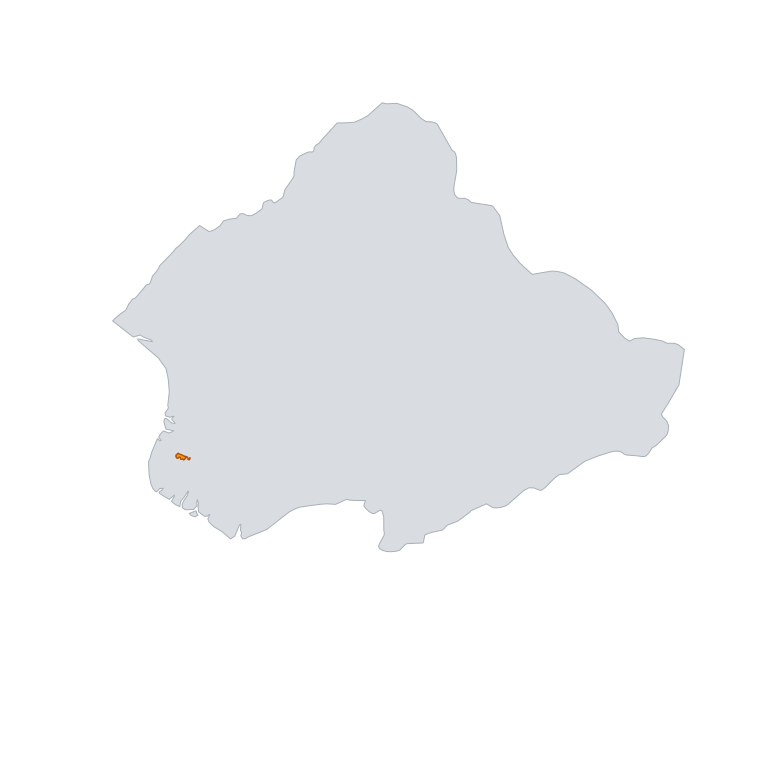 Patani, Delta, Nigeria (highlighted), rotated 41°
{"feature_id": "59680162B21067903036313", "entity_name": "Patani", "entity_type": "district", "adm_level": 2, "iso_a3": "NGA", "parent_name": "Nigeria", "parent_adm1": "Delta", "projection": "natural_earth1", "projection_center": [6.134, 5.186], "detail": "fine", "context": "in_parent", "style": "filled", "palette": "amber", "viewbox_px": 768, "rotation_deg": 41, "n_neighbors": 0, "source": "geoboundaries", "source_scale": "gbopen_adm2", "svg_char_len": 5010}
<svg xmlns="http://www.w3.org/2000/svg" viewBox="0 0 768 768"><g transform="rotate(41 384 384)"><path d="M588.1,161.0L607.2,191.2L611.4,213.7L613.0,224.7L616.1,226.0L622.0,226.6L626.3,228.8L628.9,232.5L630.6,235.9L630.9,238.0L629.8,251.4L628.3,256.3L629.2,262.9L629.0,265.8L628.3,267.7L625.7,269.9L622.2,272.1L613.6,278.5L611.2,279.4L607.6,279.6L604.5,281.2L600.9,284.7L593.0,297.5L586.3,310.4L581.4,331.3L575.5,337.8L574.4,343.6L573.5,356.7L572.6,360.6L571.7,361.8L565.2,364.2L561.5,367.2L559.3,373.1L556.6,393.2L555.6,396.5L553.5,400.0L550.2,403.8L547.3,405.9L539.9,407.2L532.9,422.3L532.8,425.0L529.8,438.7L524.4,449.0L524.0,455.7L517.3,464.8L513.8,470.9L517.4,477.4L517.7,478.4L506.1,489.4L505.4,491.0L504.9,498.6L504.0,500.7L501.9,503.4L498.7,506.5L495.5,508.9L491.9,510.5L488.4,511.1L486.5,510.2L485.4,507.8L483.4,498.6L482.4,496.6L480.1,494.8L471.1,484.6L465.6,481.0L464.5,481.3L463.6,482.2L462.0,487.4L460.5,489.3L457.7,489.9L452.7,490.0L449.0,489.3L448.2,488.2L446.5,484.2L435.3,493.5L431.4,495.6L426.4,506.6L419.4,512.0L414.6,516.8L401.6,531.7L399.0,536.1L396.4,542.7L390.9,570.8L381.9,588.4L380.7,592.1L380.2,592.0L379.0,593.6L375.5,592.5L374.0,589.3L371.8,588.7L368.1,584.0L367.3,584.8L371.2,596.9L369.8,601.6L358.8,601.7L349.3,603.3L342.8,603.1L339.6,601.4L338.1,596.9L337.6,597.4L337.2,599.8L335.2,601.7L327.9,602.1L324.7,599.0L322.0,595.5L319.3,594.0L319.7,595.4L322.9,598.8L322.5,603.7L316.6,609.3L312.9,609.6L310.6,607.2L309.4,603.2L308.8,597.4L307.2,593.6L306.4,593.6L307.4,599.9L307.5,605.9L310.3,610.5L306.0,611.9L300.8,612.1L300.2,610.3L299.5,606.5L298.6,605.5L297.6,612.0L287.0,613.8L285.5,613.5L285.2,612.3L286.0,610.5L285.8,607.6L283.4,609.9L283.1,614.4L281.7,615.1L277.7,614.4L273.3,612.1L266.2,606.5L257.4,597.3L256.0,593.1L253.5,588.1L248.9,574.1L249.7,573.5L251.8,574.2L252.8,572.9L249.1,571.9L248.4,570.9L248.1,567.8L248.3,564.1L253.8,562.1L255.1,559.8L255.8,557.5L249.0,561.0L242.7,557.0L241.3,554.6L242.0,552.8L249.4,552.7L252.0,550.9L250.4,550.2L247.6,550.3L246.5,549.1L246.6,546.3L245.7,546.9L244.5,549.4L240.2,551.3L237.7,549.4L237.4,545.3L236.9,543.4L234.8,541.9L227.2,530.9L217.8,521.7L209.4,515.4L196.7,512.4L170.2,512.5L168.7,511.6L170.4,510.2L172.7,509.2L181.2,504.1L179.8,503.4L170.9,506.6L167.9,506.9L163.9,513.1L137.8,514.4L137.9,511.6L139.1,503.5L140.7,497.9L138.9,491.1L138.5,485.0L139.6,483.1L140.0,480.8L139.7,465.0L141.1,462.7L141.2,461.1L138.5,454.4L138.5,449.2L138.0,444.3L137.1,442.0L138.2,422.8L137.9,418.0L138.7,414.6L139.2,406.3L139.2,398.2L140.9,385.4L152.1,383.7L154.9,378.7L156.4,372.3L155.9,366.0L159.6,360.5L164.0,355.6L163.8,350.3L165.0,348.6L167.1,347.4L170.1,346.7L173.4,344.1L175.3,339.4L177.1,331.9L174.3,326.7L174.3,325.5L175.4,322.7L177.2,319.9L178.6,319.0L181.8,319.7L182.9,318.6L185.0,310.3L184.8,308.1L181.8,302.6L180.1,287.6L179.3,285.6L176.9,282.9L170.7,272.4L170.8,267.4L173.5,261.0L175.2,257.9L177.6,256.1L178.1,254.7L177.4,252.9L176.2,251.5L175.9,248.7L177.1,244.6L176.8,240.3L177.4,217.7L182.5,213.2L189.9,205.9L193.6,198.2L195.7,192.3L198.2,172.9L202.1,170.9L209.5,163.8L219.5,159.7L226.1,158.4L237.5,159.2L243.3,158.5L248.3,154.7L250.5,153.6L253.6,152.9L282.2,163.0L284.8,162.6L286.9,163.2L290.5,165.9L298.9,175.3L307.7,189.8L310.5,192.9L313.2,194.6L316.0,195.2L318.2,195.0L320.2,193.6L323.0,190.9L327.2,189.6L330.6,189.8L348.3,178.7L350.1,178.6L361.0,181.0L375.9,192.1L388.1,199.4L396.6,201.9L406.7,203.6L423.8,204.1L436.7,188.5L441.4,185.1L447.2,182.0L459.2,179.1L479.1,177.1L497.8,178.0L509.4,180.7L521.6,185.8L527.0,190.7L535.3,191.5L541.2,190.5L543.1,185.6L549.0,179.3L557.9,173.4L565.2,169.2L571.2,167.4L576.5,162.7L580.7,161.2L588.1,161.0ZM328.6,608.3L324.5,609.8L321.9,609.4L325.5,603.0L327.3,604.4L329.7,605.0L328.6,608.3Z" fill="#d9dde1" stroke="#a8b0b8" stroke-width="1"/><path d="M273.7,574.0L273.9,574.2L273.9,574.3L274.0,574.5L274.4,574.9L274.5,575.1L274.7,575.3L275.1,575.5L275.3,575.6L275.6,575.7L276.4,575.7L276.6,575.7L276.8,575.6L277.1,575.3L277.2,575.0L277.2,574.9L277.2,574.4L277.3,573.9L277.4,573.5L278.1,573.0L278.6,573.1L279.1,573.5L279.5,573.9L279.9,574.1L280.5,573.8L280.6,573.7L280.8,573.5L281.0,573.0L281.2,572.8L281.4,572.6L282.0,572.6L282.5,572.7L282.9,572.1L282.9,571.7L282.9,571.1L282.8,570.9L282.8,570.5L282.7,570.1L282.6,569.9L282.7,569.6L282.8,569.4L282.9,569.2L283.4,568.8L283.7,568.8L283.7,568.7L283.6,568.3L283.4,568.2L283.1,568.2L282.9,568.3L282.7,568.4L282.6,568.7L282.3,569.2L282.1,569.1L281.8,569.0L281.6,569.0L281.2,569.0L281.0,569.4L280.6,569.5L280.2,569.6L279.7,569.8L279.2,569.9L278.8,570.0L278.2,570.1L277.9,570.2L277.5,570.3L277.2,570.4L276.6,570.7L275.8,571.0L275.4,571.1L275.0,571.2L274.6,571.2L274.3,571.3L274.1,571.4L273.9,572.1L273.9,572.6L274.0,572.9L274.0,573.0L274.0,573.4L273.9,573.6L273.8,573.8L273.7,574.0ZM286.3,567.3L286.2,567.1L285.9,567.1L285.8,567.3L285.7,567.7L285.4,568.4L285.3,569.3L285.8,569.3L286.1,569.3L286.4,569.2L286.6,569.0L286.7,568.8L286.7,568.5L286.6,568.2L286.5,567.8L286.4,567.7L286.3,567.3Z" fill="#f59e0b" stroke="#b45309" stroke-width="1.5"/></g></svg>